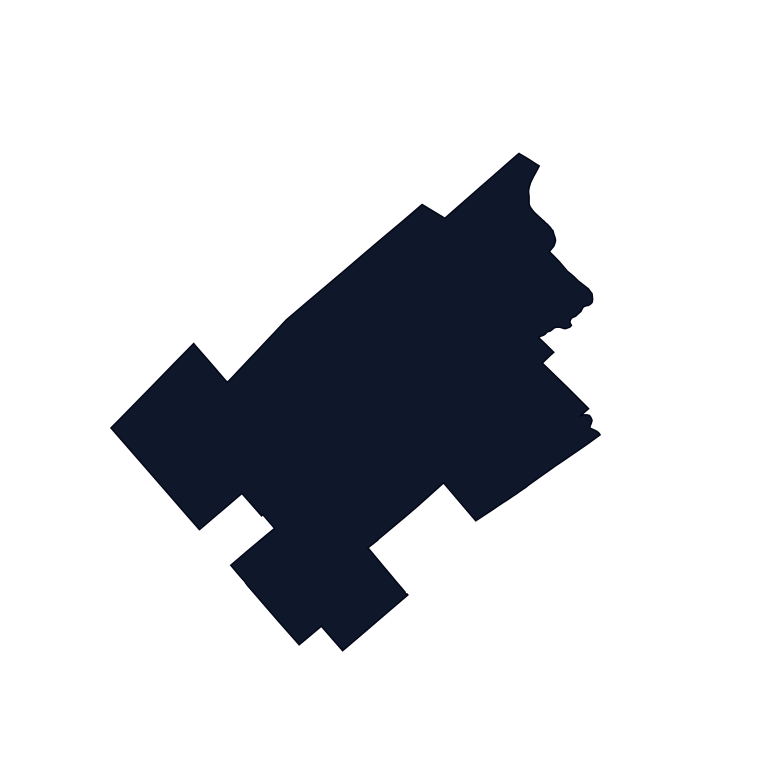 Gheorghe Doja, Ialomita, Romania (Natural Earth projection), rotated 211°
{"feature_id": "2599482B31175002278659", "entity_name": "Gheorghe Doja", "entity_type": "district", "adm_level": 2, "iso_a3": "ROU", "parent_name": "Romania", "parent_adm1": "Ialomita", "projection": "natural_earth1", "projection_center": [27.18, 44.644], "detail": "fine", "context": "isolated", "style": "filled", "palette": "ink", "viewbox_px": 768, "rotation_deg": 211, "n_neighbors": 0, "source": "geoboundaries", "source_scale": "gbopen_adm2", "svg_char_len": 3255}
<svg xmlns="http://www.w3.org/2000/svg" viewBox="0 0 768 768"><g transform="rotate(211 384 384)"><path d="M386.4,651.1L386.7,651.2L387.0,651.2L387.9,648.8L388.1,648.2L388.7,646.3L391.7,637.1L393.0,633.0L393.7,630.7L398.8,614.8L402.7,602.8L417.2,557.4L443.8,557.5L451.7,533.6L460.0,509.6L467.8,486.5L476.4,460.7L480.5,448.6L483.2,440.6L490.5,419.2L498.9,394.2L500.7,388.9L504.8,369.7L506.0,364.5L510.0,346.0L512.3,335.7L512.4,335.2L512.6,334.2L512.8,333.4L513.5,330.2L513.6,329.7L514.6,325.1L515.4,321.5L515.5,321.1L517.3,312.6L518.0,309.6L518.7,306.6L518.8,306.1L519.2,305.3L520.0,305.1L520.5,305.1L523.9,306.2L526.9,307.2L532.2,308.9L536.8,310.5L542.7,312.4L551.0,315.1L558.5,317.5L563.4,319.1L565.3,319.7L568.0,320.7L568.2,319.8L574.4,293.9L581.1,265.3L593.0,215.4L595.4,205.7L511.5,178.5L503.0,175.7L484.3,169.6L467.2,164.1L467.1,164.3L462.8,177.2L460.6,183.8L458.1,191.1L452.3,208.4L452.2,208.9L449.4,217.0L422.2,208.3L421.1,207.9L420.5,209.6L403.4,203.9L407.0,193.9L407.1,193.6L415.7,168.6L422.0,149.7L412.1,146.3L409.1,145.3L406.9,144.6L403.7,143.6L401.6,142.9L400.9,142.6L400.3,142.3L399.7,142.0L398.2,141.4L397.1,140.9L393.6,139.8L391.1,139.0L390.2,138.7L378.7,134.9L358.5,128.3L355.5,127.3L351.8,126.1L322.4,116.8L314.9,138.5L313.0,144.1L282.1,134.1L272.6,162.4L263.5,189.9L254.9,215.5L255.9,215.9L256.3,215.9L256.6,215.1L257.7,215.4L258.9,216.5L264.0,218.3L272.2,221.0L280.4,223.9L283.7,225.0L294.7,228.8L306.4,232.9L311.0,234.5L313.4,235.3L309.0,246.8L308.9,248.0L296.4,284.1L292.2,296.8L282.0,329.9L234.9,314.0L227.3,329.8L225.1,334.5L223.4,338.3L221.1,343.1L218.3,348.7L215.9,354.0L214.0,357.9L211.6,363.4L209.1,368.8L208.3,371.2L203.2,383.1L200.5,389.2L195.8,399.9L195.1,401.6L192.9,406.2L181.6,430.9L179.1,436.4L174.3,447.7L172.6,451.7L173.7,452.3L175.1,452.8L176.1,452.9L177.1,453.1L179.6,452.9L182.2,452.6L184.4,452.4L185.2,452.9L185.6,453.7L185.8,455.1L186.1,457.1L186.6,458.9L186.9,460.0L188.9,461.5L190.5,462.4L192.0,462.8L194.3,462.0L196.7,460.5L199.5,457.4L195.9,468.2L196.9,468.5L224.2,475.3L243.1,479.7L251.1,481.6L259.1,483.4L256.3,493.8L254.8,498.6L255.2,498.7L266.7,501.5L275.4,503.4L274.5,505.4L272.9,507.3L271.6,509.4L271.1,512.1L270.3,513.5L268.8,515.0L268.3,516.1L266.9,519.9L265.7,521.2L263.9,522.5L262.0,523.4L259.8,523.9L258.3,524.2L256.7,525.1L255.6,526.5L254.0,528.5L253.5,530.8L254.5,531.4L255.2,531.6L256.0,532.2L256.7,533.3L257.2,535.0L257.2,536.9L256.3,538.6L255.3,539.8L254.5,541.2L254.1,542.9L252.6,547.5L252.8,550.3L252.9,551.5L252.7,552.7L252.2,553.7L250.8,555.4L249.3,556.6L248.2,558.6L247.6,561.0L248.3,563.1L248.7,563.9L250.9,567.0L252.4,568.7L254.4,569.4L256.4,570.2L257.6,570.8L270.7,572.4L276.8,573.9L284.9,575.1L296.0,578.9L303.0,580.8L309.2,582.3L309.9,582.5L310.4,582.8L309.5,589.4L309.6,590.9L310.1,593.0L310.6,594.8L311.5,596.2L312.8,597.6L315.1,599.5L317.1,601.4L318.2,602.5L320.0,602.8L322.1,603.9L324.0,604.3L325.9,605.0L328.0,605.2L330.4,605.9L333.0,606.3L336.2,607.0L340.8,607.9L343.7,608.6L346.8,609.7L348.9,610.6L350.2,611.3L351.3,612.1L352.8,613.7L353.8,615.5L355.1,617.6L356.3,619.6L358.2,622.0L359.5,623.9L360.9,627.6L362.1,632.1L362.3,634.6L362.7,638.9L362.8,642.7L363.2,650.8L370.0,651.0L375.6,651.2L382.2,651.2L386.4,651.1Z" fill="#0f172a" stroke="#020617" stroke-width="1.5"/></g></svg>